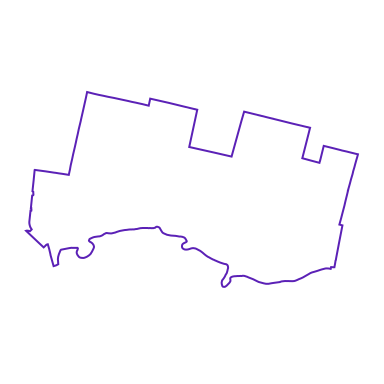 Ciulnita, Ialomita, Romania (Albers equal-area conic projection), rotated 184°
{"feature_id": "2599482B31349838477695", "entity_name": "Ciulnita", "entity_type": "district", "adm_level": 2, "iso_a3": "ROU", "parent_name": "Romania", "parent_adm1": "Ialomita", "projection": "albers", "projection_center": [27.294, 44.52], "detail": "fine", "context": "isolated", "style": "outline", "palette": "violet", "viewbox_px": 384, "rotation_deg": 184, "n_neighbors": 0, "source": "geoboundaries", "source_scale": "gbopen_adm2", "svg_char_len": 5010}
<svg xmlns="http://www.w3.org/2000/svg" viewBox="0 0 384 384"><g transform="rotate(184 192 192)"><path d="M240.2,282.2L241.2,275.1L248.2,276.3L250.4,276.6L254.3,277.2L258.2,277.7L261.8,278.3L274.4,280.1L276.5,280.4L282.4,281.1L287.1,281.8L291.8,282.4L296.9,283.2L303.6,284.4L304.4,278.5L305.3,272.6L305.8,269.3L306.3,266.0L307.3,259.5L307.8,256.3L307.9,255.3L308.6,251.2L309.3,247.1L310.0,242.0L310.8,237.0L311.3,233.3L311.9,229.3L313.2,221.3L313.9,216.3L314.8,210.6L315.1,208.1L315.3,206.0L315.7,203.4L316.1,200.5L319.5,200.8L322.9,201.1L326.1,201.3L329.2,201.6L331.3,201.7L333.5,201.9L339.8,202.4L347.8,202.9L350.4,203.1L350.5,203.0L350.8,192.3L351.2,181.6L350.4,181.2L350.0,178.1L350.2,177.7L351.2,177.3L351.6,164.7L351.2,164.7L351.1,163.5L350.9,163.0L351.0,162.2L351.8,162.2L352.2,150.7L352.0,149.0L351.5,147.3L350.7,145.4L349.8,144.2L349.3,143.5L350.9,141.6L353.1,142.0L354.3,141.9L354.8,141.7L340.8,130.2L336.1,126.4L334.7,127.9L334.0,128.8L333.2,129.4L333.1,129.5L332.9,129.6L332.2,129.8L330.5,125.2L329.1,120.7L328.6,118.8L328.3,118.0L324.9,108.4L322.5,109.3L320.4,110.6L320.8,113.7L321.1,115.6L321.0,118.0L320.4,120.8L319.1,124.7L318.6,125.3L310.4,127.5L308.5,127.9L306.1,128.0L303.9,128.2L302.3,128.3L301.9,127.7L302.2,126.1L302.6,125.3L302.8,124.3L302.8,123.4L302.5,122.4L301.9,121.3L300.9,120.1L300.0,119.2L298.8,118.7L298.4,118.7L297.6,118.6L296.6,118.6L295.3,118.7L294.5,119.0L293.6,119.4L292.3,120.1L290.7,121.3L289.8,122.1L288.6,123.5L288.3,124.3L287.7,125.3L286.3,128.7L286.0,129.8L285.9,130.4L286.4,132.0L286.9,132.7L287.8,133.8L289.5,134.9L290.2,135.1L290.6,135.4L291.1,135.8L291.4,136.2L291.4,136.5L290.9,137.9L290.2,138.4L288.0,139.6L286.3,140.3L282.6,141.1L281.2,141.3L280.5,141.5L279.4,142.0L278.5,142.5L277.6,143.2L276.8,143.9L275.2,144.8L274.7,145.1L273.4,145.1L272.5,145.0L270.4,145.0L269.3,145.1L265.5,146.3L264.6,146.8L261.3,148.1L256.7,149.3L254.3,149.7L252.0,150.2L247.0,150.7L245.5,151.1L244.2,151.3L242.7,151.8L241.0,152.3L239.0,152.6L233.8,153.0L232.8,152.9L231.6,153.1L229.5,153.1L228.9,153.2L228.3,153.2L227.9,153.3L227.5,153.4L227.0,153.6L226.3,153.8L225.9,154.2L225.3,154.7L224.7,154.9L224.0,154.9L222.6,154.5L221.8,154.0L221.0,152.8L220.2,151.6L219.4,150.5L218.7,149.6L217.8,149.0L216.8,148.6L215.1,148.0L214.0,147.6L210.9,147.2L209.9,147.1L207.1,147.1L205.3,147.1L203.3,146.9L201.6,146.7L200.4,146.8L198.4,146.6L196.5,146.0L195.8,145.5L194.9,144.4L193.8,142.6L193.9,142.1L194.4,141.6L196.8,140.2L197.5,139.6L198.0,138.9L198.2,138.0L198.2,136.8L197.9,135.8L197.3,135.1L196.5,134.6L195.5,134.2L194.3,134.1L193.2,134.2L192.1,134.4L190.7,134.9L188.8,135.7L187.6,136.0L186.8,136.1L185.6,136.0L184.6,135.9L183.7,135.6L181.2,134.5L179.6,133.8L177.3,132.3L175.3,130.8L174.3,130.1L174.0,129.9L173.7,129.7L173.4,129.5L172.9,129.2L172.4,128.9L172.0,128.7L171.5,128.4L170.9,128.2L170.0,127.8L169.2,127.4L168.6,127.1L167.2,126.5L166.6,126.2L165.5,125.9L164.6,125.5L163.4,125.1L162.3,124.7L161.5,124.4L160.6,124.1L159.9,123.9L159.4,123.7L158.3,123.4L155.1,122.6L152.7,122.3L151.9,121.8L151.3,121.2L151.0,120.4L150.8,119.6L150.7,118.7L151.0,117.2L151.2,115.7L151.5,114.4L151.8,113.2L152.6,111.9L152.9,111.0L153.4,109.8L154.2,108.3L154.7,107.5L155.1,106.9L155.6,106.2L155.8,105.8L155.9,105.2L156.0,104.5L156.1,103.7L156.0,102.9L155.8,102.0L155.6,101.5L155.4,100.9L155.1,100.2L154.5,99.7L153.5,99.6L152.6,99.7L151.7,100.3L150.8,101.1L149.3,102.9L148.6,103.7L147.9,104.8L147.7,105.3L147.5,105.7L147.5,106.7L147.7,107.6L147.8,108.3L147.7,109.0L147.3,109.5L146.8,109.9L146.2,110.2L145.5,110.5L144.4,110.8L143.2,111.0L142.3,111.1L141.6,111.2L141.0,111.3L140.4,111.4L139.7,111.4L138.9,111.5L138.1,111.6L136.6,111.7L135.4,112.0L134.1,112.0L132.8,111.7L131.2,111.3L130.8,111.2L130.4,111.0L129.6,110.7L126.0,109.6L124.8,109.2L120.7,107.5L119.2,106.9L116.6,106.4L114.1,105.9L111.9,105.6L109.1,105.8L106.5,106.5L103.8,107.1L100.9,107.7L98.0,108.3L97.8,108.5L97.2,108.7L96.6,109.0L95.6,109.2L94.0,109.5L92.9,109.7L92.1,109.7L90.5,109.8L88.9,109.9L87.9,109.9L87.2,110.0L86.1,110.0L85.2,110.1L83.9,110.3L82.7,110.7L81.7,111.2L80.9,111.6L80.0,112.1L79.3,112.5L77.4,113.4L75.4,114.5L72.3,116.6L69.9,118.2L68.2,119.4L66.5,120.2L64.5,120.9L61.1,122.2L59.0,123.1L57.2,123.8L53.6,125.0L52.2,125.2L50.0,125.2L48.3,125.0L48.0,126.8L46.8,126.8L45.4,126.8L45.2,126.9L44.7,126.9L44.3,130.3L44.0,133.7L43.8,134.0L43.7,134.4L43.7,135.0L43.4,137.7L41.7,152.1L39.6,169.2L42.7,169.8L42.1,172.8L41.4,176.2L40.2,182.7L39.0,189.0L38.3,193.5L37.2,199.8L36.4,204.6L36.5,204.6L35.8,207.9L35.1,211.3L34.5,214.5L34.3,215.6L33.9,217.4L33.1,221.0L32.8,222.8L32.7,223.7L31.7,228.2L31.1,231.4L30.3,235.3L29.6,238.5L29.2,240.5L29.1,241.2L31.7,241.6L40.8,243.2L45.5,243.9L46.3,244.1L55.1,245.7L63.8,247.2L66.4,232.2L66.5,232.2L66.9,230.0L75.8,231.7L84.3,233.4L79.7,258.7L79.1,262.1L78.7,264.3L97.5,267.4L104.8,268.7L112.2,270.0L141.0,275.0L145.6,275.8L147.7,266.1L149.1,259.2L151.8,245.9L155.0,230.1L172.2,232.8L197.9,236.7L192.5,274.4L206.8,276.8L221.4,279.3L240.2,282.2Z" fill="none" stroke="#5b21b6" stroke-width="2"/></g></svg>